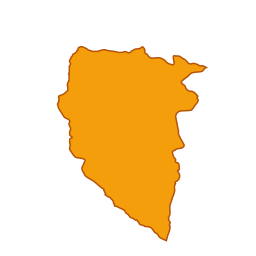 the district of Mushie, Bandundu, Democratic Republic of the Congo, rotated 114°
{"feature_id": "63176286B59505490488503", "entity_name": "Mushie", "entity_type": "district", "adm_level": 2, "iso_a3": "COD", "parent_name": "Democratic Republic of the Congo", "parent_adm1": "Bandundu", "projection": "equal_earth", "projection_center": [17.182, -2.524], "detail": "fine", "context": "isolated", "style": "filled", "palette": "amber", "viewbox_px": 256, "rotation_deg": 114, "n_neighbors": 0, "source": "geoboundaries", "source_scale": "gbopen_adm2", "svg_char_len": 5280}
<svg xmlns="http://www.w3.org/2000/svg" viewBox="0 0 256 256"><g transform="rotate(114 128 128)"><path d="M73.1,204.6L74.9,205.9L76.0,205.9L77.2,205.5L77.8,206.1L79.2,206.0L81.0,206.7L81.4,206.8L82.5,208.0L83.1,208.2L85.2,208.3L87.1,208.8L88.5,208.5L89.7,208.9L90.5,208.7L91.3,208.2L92.5,206.7L93.2,206.5L93.8,206.4L95.8,206.7L97.0,206.0L99.4,205.0L101.0,204.2L101.8,204.4L102.3,204.4L102.7,204.3L102.9,203.6L103.3,203.3L103.7,203.4L104.8,202.9L107.4,201.6L108.0,201.3L110.9,201.4L113.1,201.0L114.1,200.6L114.8,199.9L117.2,198.6L117.5,198.6L118.2,198.3L122.2,200.0L124.4,201.6L126.7,204.0L127.4,204.2L128.6,203.7L129.5,202.8L130.5,202.5L130.8,202.4L131.8,202.3L132.1,201.8L134.8,202.2L138.0,199.6L139.0,198.3L141.8,193.9L142.2,193.3L143.8,191.1L143.9,190.7L144.3,189.2L144.3,186.0L144.5,185.4L145.2,184.2L145.8,183.8L147.6,183.8L148.9,183.2L149.7,182.5L151.1,180.7L151.5,180.4L152.1,180.1L153.9,179.7L154.0,179.8L154.8,179.9L156.5,179.2L157.9,178.5L158.4,177.8L158.9,175.8L159.2,175.3L159.6,175.2L161.1,176.5L161.9,176.6L163.5,176.1L165.8,174.9L166.9,173.9L170.8,172.9L171.7,172.1L172.3,171.0L174.1,168.2L174.8,167.1L175.3,166.2L175.7,165.0L176.0,164.3L176.0,163.7L176.0,163.0L175.6,161.6L175.2,160.4L174.9,159.1L174.6,158.1L174.4,156.9L174.4,156.2L174.4,155.6L174.4,154.9L174.6,154.4L175.0,154.0L175.6,153.9L178.0,153.9L179.0,153.9L180.0,153.9L181.4,153.9L182.5,154.0L183.6,153.7L184.8,152.9L185.5,152.3L186.2,151.4L186.8,150.5L187.7,149.3L188.5,148.4L188.9,147.7L189.2,147.1L189.6,145.6L189.9,143.1L190.5,137.6L193.5,127.6L193.5,126.4L193.7,125.2L194.5,124.9L194.9,124.7L195.5,123.6L196.0,123.3L196.2,122.9L196.5,122.3L197.1,122.0L197.3,122.0L198.1,121.9L198.3,121.6L198.3,121.0L198.3,120.8L198.6,120.3L198.7,119.9L198.7,119.4L198.9,118.7L198.8,117.0L198.7,116.6L198.8,115.8L199.7,114.5L200.2,112.8L200.9,111.8L201.7,111.0L202.5,110.7L203.7,109.0L204.2,108.8L204.7,108.6L204.1,106.3L204.3,105.3L204.4,102.9L204.5,98.5L204.9,97.4L206.4,95.5L207.2,92.2L208.6,89.9L208.7,88.4L208.5,86.2L208.9,85.2L209.1,83.9L209.1,83.3L208.5,82.7L208.5,81.9L209.0,81.6L209.3,81.4L209.9,79.6L211.0,78.6L211.3,77.4L210.8,74.3L211.0,72.3L209.9,69.3L209.7,66.2L210.0,65.6L210.6,64.2L211.8,62.4L212.5,60.9L212.7,58.7L213.3,57.4L214.8,55.1L215.1,54.2L215.3,51.4L215.3,47.1L212.3,47.7L210.8,47.9L209.0,48.1L207.6,48.1L206.1,48.3L204.8,48.3L203.5,48.8L201.8,49.2L200.9,49.6L200.3,50.0L200.2,50.5L199.2,50.8L198.8,51.0L197.7,50.9L197.0,51.1L195.6,53.5L194.4,53.7L193.8,54.6L192.5,54.5L191.1,54.5L190.2,54.5L189.1,54.9L187.7,55.5L186.0,56.3L183.9,57.3L182.7,57.9L181.7,58.2L180.5,58.4L177.6,58.6L175.4,58.8L173.0,59.2L171.7,59.1L170.2,59.2L167.0,59.7L165.5,60.1L164.0,61.1L163.2,61.5L162.3,61.9L161.2,61.9L159.9,62.1L159.4,62.0L158.9,62.7L158.8,62.8L157.4,62.6L156.6,61.7L154.3,60.8L152.7,60.9L151.5,61.0L150.5,61.4L149.5,62.1L148.6,63.1L148.0,63.9L147.6,64.6L147.1,65.1L146.8,65.3L146.5,65.2L146.1,64.8L145.7,64.4L145.2,64.3L144.2,64.6L142.5,65.6L141.4,66.2L140.5,66.7L139.9,67.5L139.6,68.0L139.6,68.7L139.8,69.5L139.8,70.3L139.5,70.9L139.2,71.3L138.6,71.3L137.9,71.4L137.4,71.7L136.8,72.6L136.4,73.6L135.8,74.5L134.9,75.4L134.2,76.2L133.5,76.7L132.5,77.2L131.7,77.7L131.0,77.7L130.3,77.1L129.6,76.4L128.9,75.9L127.7,75.3L127.1,74.8L126.2,73.3L125.5,72.3L124.8,71.3L124.2,70.7L123.5,70.1L122.8,69.7L122.2,69.5L121.5,69.5L120.5,70.0L119.9,70.8L119.2,71.7L118.6,72.6L117.9,73.3L117.4,74.3L116.0,76.0L115.2,76.9L114.4,78.0L113.6,78.9L112.9,79.5L112.0,79.9L110.7,80.4L109.8,80.9L108.5,82.0L107.4,82.7L106.1,83.6L104.7,84.6L103.6,85.3L102.7,86.0L101.7,86.7L100.6,87.5L99.5,88.1L98.7,88.8L98.0,89.2L97.1,89.4L96.3,89.5L95.4,89.5L94.6,89.4L93.5,88.9L92.7,88.6L91.5,87.4L90.4,85.9L89.5,83.9L88.6,82.1L87.9,80.7L86.8,78.7L86.2,77.8L85.6,77.3L84.0,76.7L81.8,76.3L79.8,75.9L78.3,75.5L77.0,75.2L76.0,75.1L75.2,75.1L74.3,75.1L73.6,75.5L73.1,76.2L72.7,76.9L72.2,77.3L71.5,77.2L70.6,77.1L70.3,77.6L69.4,79.6L68.9,80.9L68.5,82.4L68.4,83.4L68.5,84.6L69.1,85.9L69.3,86.7L69.3,88.3L69.1,89.7L68.4,90.8L67.5,91.9L66.8,92.8L66.1,93.6L65.9,94.8L65.8,95.5L65.5,96.8L64.9,97.7L63.9,98.1L62.8,97.7L61.3,97.0L60.0,96.3L58.6,95.6L57.6,94.9L56.6,94.3L55.4,94.0L54.4,93.5L53.1,93.0L52.4,92.7L51.6,92.0L50.5,90.5L49.4,88.9L48.5,87.1L47.6,85.6L47.0,84.5L46.1,83.4L45.1,82.9L43.9,82.5L42.5,82.4L40.9,81.0L40.7,84.2L41.0,85.6L41.7,86.9L42.0,88.0L41.7,90.5L42.0,93.4L42.4,94.7L43.7,96.2L44.4,98.1L44.2,99.4L43.6,100.6L42.4,103.8L42.3,104.2L42.1,106.6L41.5,109.8L41.6,110.8L42.9,114.0L43.0,114.7L43.4,115.5L43.9,115.7L44.6,115.5L45.6,115.1L46.9,114.2L47.8,113.6L48.6,113.1L49.2,112.7L50.0,112.1L50.9,112.1L51.5,112.2L52.2,113.1L52.4,114.2L52.5,115.5L52.7,117.4L52.4,118.8L52.0,120.1L51.6,121.1L51.1,122.1L51.0,123.3L50.8,124.7L50.8,125.9L51.0,127.4L51.5,129.2L52.3,130.4L53.3,132.4L54.0,133.6L54.7,134.8L54.8,135.7L54.7,136.6L54.4,138.0L52.7,140.9L52.9,141.9L52.8,142.5L52.0,143.4L50.8,143.8L49.9,144.8L49.4,144.8L49.0,145.3L48.5,146.1L48.1,146.9L48.0,147.7L48.3,148.2L50.1,149.0L51.6,151.1L53.1,153.6L56.5,156.2L57.9,156.6L59.1,157.9L59.2,161.0L59.5,161.9L59.8,162.5L61.0,163.6L62.7,167.0L63.7,171.9L65.5,177.8L65.6,179.1L65.8,180.6L66.7,182.6L67.5,183.7L70.6,187.3L71.2,189.0L72.3,191.1L72.5,192.1L72.5,192.9L72.9,195.5L72.8,196.6L72.4,197.9L72.3,202.2L72.6,203.5L73.1,204.6Z" fill="#f59e0b" stroke="#b45309" stroke-width="1.5"/></g></svg>